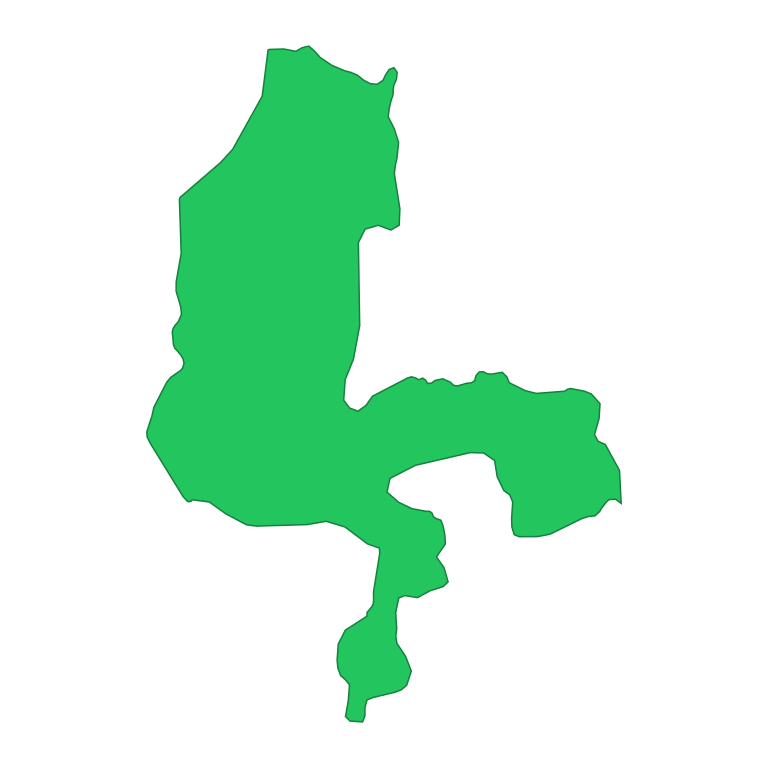 the State of Kebbi
{"feature_id": "NGA-2879", "entity_name": "Kebbi", "entity_type": "State", "adm_level": 1, "iso_a3": "NGA", "parent_name": "Nigeria", "parent_adm1": "", "projection": "natural_earth1", "projection_center": [4.708, 11.664], "detail": "fine", "context": "isolated", "style": "filled", "palette": "green", "viewbox_px": 768, "rotation_deg": 0, "n_neighbors": 0, "source": "natural_earth", "source_scale": "10m", "svg_char_len": 2601}
<svg xmlns="http://www.w3.org/2000/svg" viewBox="0 0 768 768"><path d="M189.0,501.7L187.5,501.4L183.0,496.5L149.9,442.7L147.1,436.8L146.8,431.9L150.5,420.2L151.7,417.0L153.9,407.2L166.8,382.1L170.9,377.2L180.4,370.6L182.7,368.0L184.0,363.3L183.1,359.1L180.8,355.1L176.4,349.8L175.7,349.2L175.0,348.5L174.0,346.2L173.4,344.1L172.3,331.8L173.2,328.3L175.2,325.2L178.4,321.5L181.5,314.3L180.7,306.9L176.1,291.1L176.2,281.7L181.2,253.3L179.4,199.5L180.2,197.3L220.7,162.4L232.7,149.3L262.2,96.2L268.1,49.9L269.7,49.4L283.8,49.0L295.8,51.3L302.2,47.7L308.9,46.1L314.6,51.2L320.2,57.5L331.6,65.2L344.2,70.6L350.9,72.4L357.3,75.1L363.4,80.0L370.1,83.6L377.1,84.3L382.9,80.4L385.7,74.7L389.1,69.5L393.9,67.7L397.2,72.4L396.5,79.1L393.8,85.5L393.2,89.4L393.2,93.5L392.5,96.8L391.3,99.8L389.3,108.0L388.2,116.7L394.3,128.8L398.6,142.4L397.0,158.0L395.2,166.0L394.4,174.1L399.9,208.9L399.2,225.2L390.9,230.0L378.3,225.3L365.1,229.1L358.4,242.6L359.7,325.7L353.4,359.3L345.2,379.6L343.7,400.2L349.6,408.0L357.9,411.2L366.0,405.4L372.5,396.2L407.7,377.9L411.6,376.8L415.5,377.9L418.5,379.7L420.7,379.0L422.7,378.1L425.6,380.1L427.5,383.5L431.5,383.1L435.2,380.4L442.8,378.8L450.4,382.2L453.4,385.2L457.2,386.0L466.9,383.2L471.2,382.9L474.6,380.8L476.0,375.6L479.3,371.9L483.3,371.7L487.3,373.8L491.7,374.1L502.2,372.3L506.6,376.5L509.3,382.8L525.4,390.7L536.4,393.4L564.6,391.2L567.5,389.3L570.5,388.5L584.2,391.1L591.3,393.9L600.0,403.7L599.1,418.4L594.5,434.6L598.0,441.2L605.3,444.5L619.5,470.4L621.2,503.4L615.5,499.2L609.0,499.6L606.3,502.1L601.6,508.2L599.7,511.5L594.9,515.9L588.5,516.5L582.1,518.5L550.0,534.2L537.8,536.6L519.2,536.7L514.2,534.7L511.9,527.1L511.6,518.6L512.7,502.0L509.7,494.8L503.8,490.5L497.2,476.8L494.6,460.6L483.7,453.0L470.2,452.6L415.4,465.3L390.0,478.4L387.0,492.1L398.7,502.3L412.1,508.7L426.2,511.3L429.4,511.3L431.9,512.9L433.4,516.7L435.8,518.4L440.9,520.2L443.2,526.4L444.9,535.2L445.4,543.9L436.5,556.9L444.1,567.8L448.1,581.9L443.2,586.5L430.0,590.8L417.6,597.6L404.7,595.6L398.8,598.0L395.7,612.4L396.7,628.6L395.8,636.1L396.9,643.3L405.6,656.4L411.3,671.1L406.7,685.2L401.3,689.8L395.0,692.2L373.5,697.4L367.0,699.9L365.0,707.4L364.9,716.1L362.6,721.9L350.0,721.1L345.5,716.5L348.3,700.5L349.5,684.9L345.5,679.8L340.7,675.7L337.9,668.2L337.1,660.0L338.3,643.9L345.3,630.2L366.9,616.2L367.1,612.3L371.8,606.8L373.2,603.9L373.6,600.2L373.5,592.0L379.7,553.5L379.4,548.1L367.5,543.9L345.0,527.0L326.2,521.3L307.0,524.6L256.3,526.1L246.5,524.8L225.8,513.8L209.3,502.0L192.3,499.8L191.0,501.3L190.8,501.3L189.0,501.7Z" fill="#22c55e" stroke="#15803d" stroke-width="1.5"/></svg>